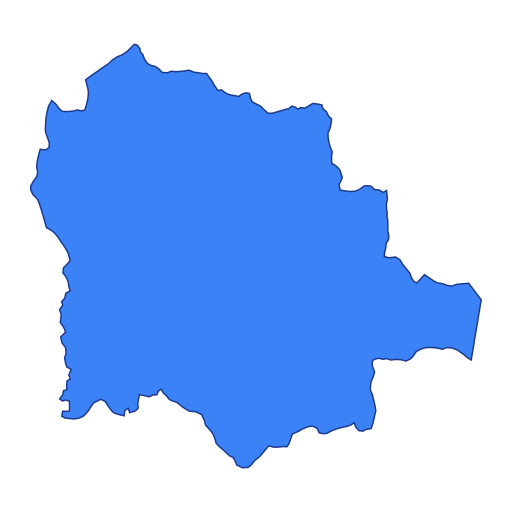 outline of Itápolis, São Paulo, Brazil
{"feature_id": "56859067B39994933994670", "entity_name": "Itápolis", "entity_type": "district", "adm_level": 2, "iso_a3": "BRA", "parent_name": "Brazil", "parent_adm1": "São Paulo", "projection": "robinson", "projection_center": [-48.813, -21.543], "detail": "fine", "context": "isolated", "style": "filled", "palette": "blue", "viewbox_px": 512, "rotation_deg": 0, "n_neighbors": 0, "source": "geoboundaries", "source_scale": "gbopen_adm2", "svg_char_len": 4162}
<svg xmlns="http://www.w3.org/2000/svg" viewBox="0 0 512 512"><path d="M124.1,415.8L124.8,410.6L128.2,408.3L129.7,412.7L135.5,410.9L138.2,408.0L137.7,404.2L138.5,399.3L139.5,394.7L143.8,395.5L149.2,396.8L152.7,395.0L156.9,394.7L158.3,391.1L161.2,389.1L163.3,393.0L166.3,395.6L169.3,399.4L172.3,400.9L176.5,402.2L179.4,404.4L182.7,407.1L185.5,408.9L189.4,411.2L195.8,411.8L201.6,414.6L204.3,420.2L205.7,425.3L208.2,428.0L211.5,431.7L213.3,434.7L214.9,438.6L216.2,443.3L219.2,446.4L225.6,452.1L229.3,455.6L232.9,457.4L234.9,460.4L236.7,465.0L242.4,467.7L248.1,467.4L251.0,465.2L254.8,460.4L259.2,457.0L261.8,454.1L265.0,450.3L268.6,445.8L273.7,447.1L278.2,447.1L283.4,446.5L286.8,446.8L288.9,443.9L292.4,434.0L297.5,431.8L302.8,428.8L306.0,427.4L309.0,426.5L312.6,426.1L317.3,428.4L319.1,432.8L322.6,433.6L326.2,433.6L331.5,430.9L336.8,428.8L342.4,427.3L346.7,426.5L350.6,425.1L354.2,422.7L355.9,427.2L359.0,430.7L363.2,431.1L365.9,429.4L371.1,428.6L373.1,422.7L374.2,417.5L375.8,410.9L375.0,405.8L373.6,400.0L372.4,394.7L370.4,390.3L370.5,385.5L371.2,381.3L373.2,376.8L374.6,372.1L373.1,368.0L372.1,364.6L372.7,360.3L375.8,358.8L379.6,358.3L383.2,359.4L386.4,358.5L390.7,360.0L396.4,359.4L401.6,359.8L406.1,361.0L411.1,358.5L413.9,355.2L416.2,351.6L419.9,349.5L424.4,347.9L429.9,347.4L434.9,347.7L439.4,348.5L442.3,349.3L446.5,347.6L451.8,347.9L457.2,349.9L461.1,352.6L464.9,355.4L467.4,357.6L471.2,360.0L480.5,303.9L481.3,299.9L468.6,283.2L463.3,283.8L459.7,284.0L456.0,284.6L452.0,286.1L447.5,285.5L444.7,284.4L441.2,283.4L437.6,283.0L433.6,280.9L428.6,277.5L424.5,274.6L421.0,278.5L417.0,282.9L413.7,281.3L411.4,277.6L409.9,273.2L407.6,270.4L402.5,264.1L400.0,259.8L395.5,257.0L389.2,257.8L384.3,256.6L384.7,252.2L385.7,248.2L386.3,243.2L388.5,239.5L388.8,235.5L387.7,230.8L387.9,226.1L387.7,220.2L387.0,216.5L387.2,212.9L386.5,208.3L386.4,204.4L387.4,199.0L386.5,190.5L383.4,192.4L378.8,189.9L374.8,189.7L371.0,186.1L367.5,185.8L364.3,185.9L359.7,189.2L355.6,191.1L350.9,191.5L347.9,191.3L340.2,190.1L339.0,184.6L340.6,181.5L342.3,177.6L341.1,173.7L339.8,170.0L337.5,167.2L335.0,165.2L331.7,163.1L331.5,157.0L332.2,152.0L330.5,147.8L328.9,142.3L328.1,137.4L328.0,132.9L329.9,128.7L331.1,123.7L331.5,118.7L328.7,116.4L326.5,111.8L323.1,108.9L321.8,104.9L318.0,104.1L312.8,103.4L308.3,106.2L304.8,108.1L300.6,107.6L297.9,109.3L295.4,107.2L291.8,106.1L288.6,108.7L284.3,109.7L280.5,110.8L276.6,112.0L271.9,113.3L268.0,113.3L264.3,109.9L260.5,106.1L256.3,104.0L252.3,102.0L250.5,98.1L249.4,93.4L246.0,92.8L242.1,94.0L238.6,96.5L235.4,95.7L231.2,95.1L226.8,93.7L224.1,91.9L221.5,89.9L217.9,90.5L216.0,87.7L213.9,84.6L211.9,80.9L208.9,76.9L206.6,73.5L202.3,73.5L198.2,72.7L194.0,72.2L188.9,70.2L184.0,71.0L180.1,71.4L175.7,71.7L171.4,71.2L167.6,72.7L162.3,72.5L158.7,68.7L155.1,66.4L151.4,65.6L147.6,63.5L144.7,59.6L142.8,54.6L140.6,52.0L139.8,48.4L137.3,45.2L134.3,44.3L131.2,47.4L127.2,51.4L121.4,55.2L117.4,56.7L112.4,59.9L108.3,63.9L104.4,66.4L88.1,77.9L85.6,79.8L88.0,89.0L88.4,92.8L88.0,97.9L86.6,104.3L84.8,110.2L80.6,110.8L77.6,109.9L73.5,111.0L67.7,111.6L62.4,111.4L59.6,109.1L55.6,103.9L51.7,100.5L48.6,106.1L47.0,112.2L46.1,117.1L45.3,129.0L45.8,132.9L49.3,142.6L49.0,147.6L45.7,149.9L40.2,149.3L38.5,155.5L37.2,161.6L36.6,166.8L37.7,172.1L36.9,176.3L33.7,180.7L30.7,186.1L30.8,189.9L32.8,194.5L35.2,196.7L37.7,199.7L39.6,204.5L40.9,208.5L42.5,213.7L44.0,218.5L44.9,222.3L46.5,227.6L49.3,229.2L52.1,230.9L55.3,233.8L58.4,237.6L60.9,241.7L63.0,244.4L65.3,248.0L68.3,253.4L70.1,260.6L67.2,264.1L63.5,267.9L62.9,272.9L65.6,276.2L67.9,280.9L69.1,287.4L70.1,290.9L65.9,293.2L64.7,298.4L61.6,301.5L62.8,305.0L59.5,309.7L61.2,314.1L60.9,318.1L60.3,322.6L63.6,327.1L65.6,332.1L60.7,336.9L61.9,342.6L65.6,347.8L66.1,353.3L64.6,358.1L65.6,363.3L66.8,366.9L71.1,369.4L68.9,375.1L70.2,379.0L67.1,380.9L66.7,385.3L66.7,389.9L63.6,390.6L62.8,394.7L59.6,398.9L62.5,401.0L65.6,400.0L69.4,401.4L69.6,411.0L66.4,411.4L62.6,411.2L61.8,416.2L64.9,418.0L73.1,418.9L77.1,418.6L80.2,417.7L84.0,415.8L87.9,411.4L91.1,406.4L93.8,402.7L100.8,399.3L105.2,401.4L108.2,406.2L111.0,410.0L113.5,412.7L118.3,414.4L124.1,415.8Z" fill="#3b82f6" stroke="#1e3a8a" stroke-width="1.5"/></svg>